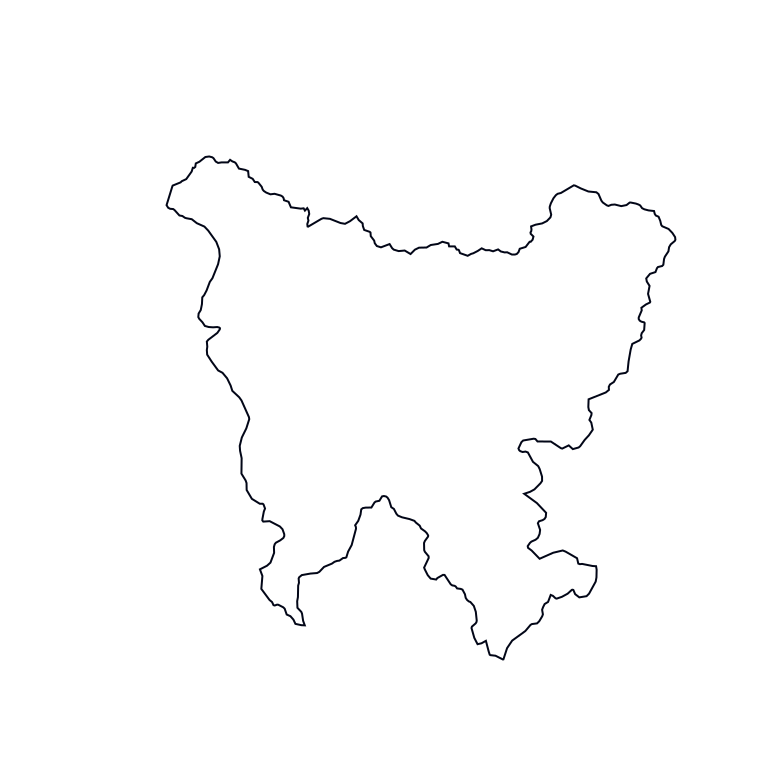 Cho Moi, Bắc Kạn, Vietnam (Mercator projection), rotated 110°
{"feature_id": "81297802B24308322432437", "entity_name": "Cho Moi", "entity_type": "district", "adm_level": 2, "iso_a3": "VNM", "parent_name": "Vietnam", "parent_adm1": "Bắc Kạn", "projection": "mercator", "projection_center": [105.849, 21.965], "detail": "fine", "context": "isolated", "style": "outline", "palette": "ink", "viewbox_px": 768, "rotation_deg": 110, "n_neighbors": 0, "source": "geoboundaries", "source_scale": "gbopen_adm2", "svg_char_len": 6166}
<svg xmlns="http://www.w3.org/2000/svg" viewBox="0 0 768 768"><g transform="rotate(110 384 384)"><path d="M288.7,159.5L279.1,161.9L267.2,164.0L261.4,164.4L255.7,158.9L253.7,158.0L252.4,157.8L250.4,159.0L248.1,159.2L244.3,158.0L237.6,159.9L237.1,160.6L237.4,163.5L237.0,165.4L235.8,166.9L234.3,167.4L226.7,167.0L224.3,168.2L219.6,165.0L216.5,162.0L215.7,161.9L209.0,166.7L201.0,168.0L197.8,172.1L195.1,173.7L189.5,171.7L186.0,167.2L181.8,167.1L180.4,166.6L178.0,163.0L176.4,162.3L170.7,163.6L168.3,163.6L162.1,162.1L157.9,162.9L154.7,162.3L150.2,159.7L148.8,159.5L146.4,160.7L143.4,164.7L141.0,169.6L140.6,176.5L139.7,177.9L136.2,180.2L132.9,183.2L132.7,186.2L131.5,187.8L129.1,189.4L130.4,194.8L130.8,199.1L130.5,201.6L128.6,204.3L128.3,206.1L128.3,209.0L129.1,214.3L129.5,215.2L132.9,217.3L135.7,221.9L136.4,228.5L137.8,231.6L139.9,234.0L139.9,235.7L138.6,240.5L137.3,242.5L132.1,247.4L131.2,250.0L133.2,257.8L132.9,266.0L132.2,272.2L132.4,273.6L144.0,283.1L145.9,285.9L147.8,287.1L151.5,288.3L157.2,289.0L160.6,288.9L162.0,288.5L167.7,284.8L170.5,284.6L175.2,286.7L179.0,290.3L182.5,296.1L185.6,299.7L188.5,298.2L190.3,297.9L191.4,298.2L192.7,297.5L194.3,294.0L197.6,293.7L200.2,294.8L200.3,295.5L200.8,295.9L206.8,297.8L210.5,302.7L214.0,302.7L216.4,303.7L217.6,305.3L218.6,308.1L218.1,313.3L219.1,315.7L219.5,319.6L218.5,322.8L222.0,326.9L222.2,330.8L223.5,334.2L223.1,338.6L226.9,341.4L230.6,344.8L232.0,346.7L234.9,349.2L235.0,357.3L232.7,359.3L232.4,359.9L232.8,361.7L230.5,364.5L232.4,369.9L229.8,371.5L230.4,377.8L233.9,381.2L237.4,387.6L241.2,390.7L243.9,397.7L247.2,400.9L252.8,403.5L251.5,410.2L254.1,415.7L254.4,420.8L253.6,422.8L250.6,426.6L256.6,433.6L256.8,437.9L254.9,440.8L252.6,442.3L249.6,447.0L246.3,448.5L245.9,449.5L246.0,455.3L242.8,457.9L240.4,459.0L238.6,463.8L235.8,467.2L242.6,471.6L246.8,475.4L247.6,479.9L247.3,491.3L248.9,497.7L250.1,499.2L262.1,509.1L262.1,509.7L259.9,510.8L256.3,510.9L254.0,512.4L249.8,512.4L246.8,514.1L245.0,516.3L248.1,517.6L246.4,519.6L247.7,522.2L249.8,531.9L245.4,536.0L245.5,540.8L243.7,541.9L242.6,543.4L242.2,545.4L242.7,551.9L244.6,555.6L244.4,560.2L243.7,563.0L242.8,564.5L240.5,566.4L237.9,570.7L237.5,571.8L238.4,574.5L236.1,577.6L235.6,582.0L230.4,584.5L230.3,587.9L231.2,594.0L227.3,598.6L226.7,600.1L226.7,602.6L226.0,605.3L229.1,606.4L231.3,612.4L233.0,615.5L232.5,618.2L230.1,621.5L229.7,623.0L230.0,626.1L231.8,629.5L238.3,633.5L241.1,636.3L244.6,635.6L245.9,636.4L246.2,637.6L250.1,637.4L259.1,639.9L262.6,643.4L264.1,644.1L269.8,650.4L270.4,650.5L290.3,649.5L292.2,647.1L292.5,644.9L291.7,641.9L292.2,640.3L295.6,633.9L295.1,630.9L295.9,627.9L295.8,626.3L294.9,621.0L296.9,614.9L297.5,606.6L300.0,601.6L307.8,590.2L313.8,585.0L320.2,582.0L328.2,580.9L343.3,581.4L347.6,582.6L356.7,582.7L362.0,583.4L364.7,584.4L371.2,582.4L374.4,581.9L377.2,581.5L381.2,582.3L384.6,581.4L385.9,580.0L388.1,575.7L390.7,572.2L390.4,568.2L389.2,564.0L387.5,560.2L387.3,558.1L387.7,557.2L388.9,557.0L393.0,558.1L402.5,564.2L404.7,565.0L409.4,562.8L412.7,562.1L416.9,560.2L421.9,553.6L428.0,544.5L428.7,539.6L432.3,533.4L437.9,527.6L442.3,524.2L446.0,515.5L448.2,512.3L461.3,499.6L463.1,498.6L472.8,498.2L482.9,499.3L491.5,498.4L496.0,496.4L502.4,492.4L517.0,487.3L522.0,481.0L524.1,479.3L530.6,476.8L537.1,468.9L539.0,459.8L538.0,457.1L538.4,456.0L541.7,453.2L544.9,453.3L552.4,452.1L553.8,451.7L554.6,450.4L552.0,444.5L553.5,433.1L555.2,429.7L559.2,426.4L561.0,425.7L563.1,425.9L566.5,428.1L570.1,431.3L571.9,431.9L574.8,431.7L580.3,429.5L590.7,429.6L594.8,431.8L600.6,437.2L606.0,432.6L618.5,429.2L626.1,417.7L627.2,414.6L629.6,412.2L629.5,410.9L627.9,409.0L627.6,407.8L628.3,402.3L629.1,400.5L633.9,396.6L634.2,392.5L636.4,388.5L639.7,385.2L638.9,379.2L637.9,375.9L634.2,379.0L627.8,382.5L626.4,383.8L623.9,388.8L617.8,391.3L613.7,392.0L602.8,395.7L599.9,395.9L595.9,397.7L594.6,397.6L591.7,395.9L587.3,388.3L584.5,382.2L582.6,380.5L576.4,377.8L570.6,371.5L568.0,369.7L566.3,367.6L565.2,365.5L561.6,363.0L560.6,360.9L559.8,360.1L553.8,360.4L546.4,359.3L529.6,360.8L528.0,361.5L526.6,362.8L521.5,361.4L514.8,361.4L509.6,362.5L507.9,361.5L506.4,358.9L504.4,353.6L498.6,352.4L497.3,351.6L495.3,348.4L490.3,347.4L489.3,345.8L489.0,343.5L489.6,341.8L491.4,339.5L497.3,335.0L498.0,332.0L501.7,328.0L502.9,325.9L503.1,321.5L502.2,313.8L502.2,308.6L503.3,306.7L504.9,302.0L507.1,299.8L508.4,295.1L509.5,292.8L511.2,290.7L512.3,290.4L517.5,291.9L519.7,292.0L526.4,289.4L527.7,288.2L530.6,283.2L532.2,282.5L542.8,283.5L544.2,282.3L548.7,277.5L550.9,273.6L549.9,268.1L548.1,267.5L543.2,263.3L542.7,261.8L549.4,252.8L549.9,251.0L549.5,248.6L549.8,247.3L551.1,245.4L550.3,241.8L550.4,239.9L553.9,236.0L557.0,234.1L558.5,232.1L559.3,229.9L559.3,228.3L561.8,223.7L566.7,219.8L574.7,215.9L576.2,215.7L577.6,216.0L581.9,218.4L583.4,218.3L591.7,212.3L596.5,207.1L594.3,203.7L590.5,200.4L599.6,194.1L602.2,192.1L602.4,191.3L601.2,186.3L602.2,178.0L601.9,177.6L590.1,178.0L581.3,175.8L567.8,166.7L560.2,163.9L559.0,162.9L556.6,158.3L553.9,157.0L548.2,155.9L546.1,155.9L542.1,158.2L539.4,158.2L535.8,157.8L532.7,155.3L525.2,155.2L525.3,152.8L526.7,149.5L526.6,148.3L523.1,144.0L518.2,139.7L513.2,137.1L512.8,136.4L512.8,135.6L516.1,132.5L517.7,127.5L514.1,121.1L510.9,119.6L497.3,117.5L493.1,118.2L485.7,120.7L482.7,122.4L483.7,125.8L485.3,136.3L486.3,138.3L486.3,140.0L481.7,143.0L479.4,156.0L479.3,159.1L484.7,167.3L495.0,178.0L490.0,188.3L488.7,192.6L487.2,193.5L483.4,192.5L481.7,191.6L478.5,188.3L475.9,186.8L471.7,186.5L467.7,187.4L462.2,191.8L460.0,191.4L457.7,188.4L455.9,187.0L453.7,186.5L449.6,187.6L443.6,199.6L439.2,214.7L435.4,209.9L431.6,206.6L423.7,203.0L421.0,202.3L417.0,203.8L410.7,208.6L408.4,211.0L406.2,217.4L399.1,225.4L399.1,227.9L400.5,230.5L400.5,233.0L400.0,234.3L398.6,235.6L391.7,235.0L389.5,233.9L384.2,224.6L383.9,222.9L385.5,220.1L381.0,207.5L383.8,195.8L383.7,194.4L378.5,189.4L380.6,184.3L377.1,179.4L375.4,178.4L367.9,176.3L362.1,173.9L355.5,172.2L349.4,176.0L347.5,178.7L342.2,178.5L340.3,179.0L338.5,182.5L335.8,184.1L328.4,186.5L316.1,172.7L312.6,170.6L309.8,171.8L307.2,171.5L303.5,168.7L295.0,167.1L293.6,165.6L290.9,160.7L288.7,159.5Z" fill="none" stroke="#020617" stroke-width="2"/></g></svg>